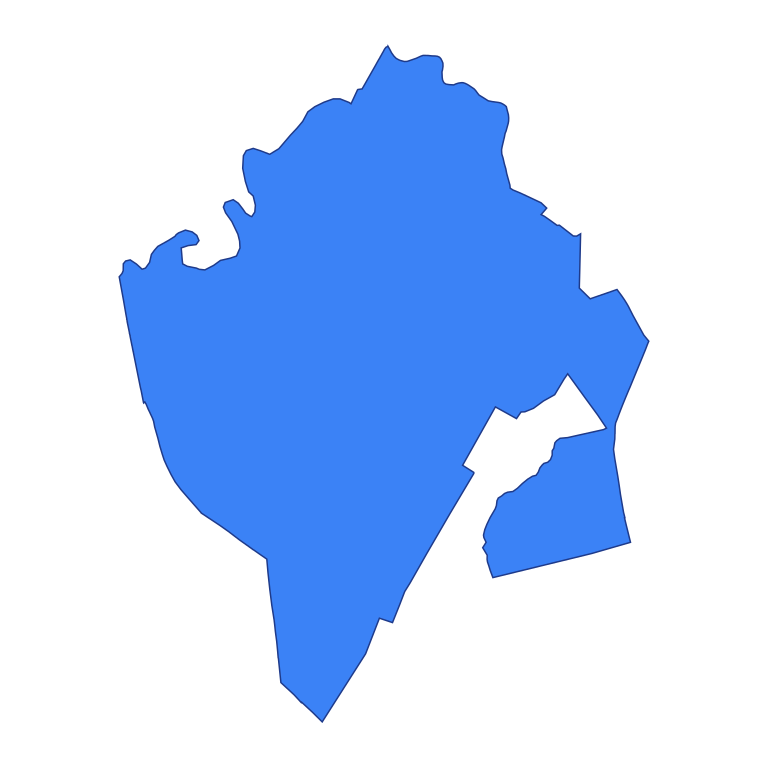 Poienarii Burchii, Dâmbovita, Romania (Albers equal-area conic projection)
{"feature_id": "2599482B3003750716063", "entity_name": "Poienarii Burchii", "entity_type": "district", "adm_level": 2, "iso_a3": "ROU", "parent_name": "Romania", "parent_adm1": "Dâmbovita", "projection": "albers", "projection_center": [25.941, 44.724], "detail": "fine", "context": "isolated", "style": "filled", "palette": "blue", "viewbox_px": 768, "rotation_deg": 0, "n_neighbors": 0, "source": "geoboundaries", "source_scale": "gbopen_adm2", "svg_char_len": 4572}
<svg xmlns="http://www.w3.org/2000/svg" viewBox="0 0 768 768"><path d="M322.2,721.9L350.3,677.8L365.6,653.8L379.4,618.2L392.5,622.6L399.5,605.1L404.7,591.6L410.1,582.9L426.8,553.5L449.9,513.7L473.8,473.5L473.8,472.4L462.6,465.3L495.4,406.9L516.5,418.6L521.0,412.0L524.9,411.8L533.5,408.3L543.6,400.9L550.6,397.0L554.7,394.7L564.0,379.2L567.7,373.8L585.6,398.5L597.6,414.9L606.5,428.1L603.5,429.6L599.0,430.6L577.9,435.3L567.7,437.6L560.0,438.3L556.7,440.7L554.9,442.8L554.5,444.8L553.8,448.3L552.2,450.8L552.2,455.2L550.5,459.6L547.7,462.3L543.9,463.4L542.2,465.0L539.9,467.9L538.3,472.1L536.1,475.3L532.5,476.2L527.8,479.1L522.4,483.5L517.4,488.3L512.9,491.5L507.6,492.2L504.5,493.5L501.6,496.0L498.3,498.0L497.0,500.7L496.4,505.6L495.2,508.9L490.1,517.6L486.9,524.3L484.8,529.6L483.5,535.1L483.9,537.6L486.1,542.3L482.7,547.7L485.7,552.7L487.2,555.2L487.1,559.4L487.5,562.0L488.9,566.1L490.2,570.4L492.9,577.6L592.1,553.4L601.4,550.7L630.5,542.3L626.2,524.9L624.5,517.8L624.9,517.7L623.6,512.6L620.5,494.7L619.2,485.5L617.8,476.4L614.8,458.8L613.5,449.3L614.7,439.8L614.8,439.2L614.9,434.1L615.0,433.7L615.1,426.7L615.6,423.0L617.3,418.8L619.1,413.9L620.6,410.0L622.4,405.4L625.5,397.8L628.8,389.9L629.6,388.1L629.8,387.7L636.0,372.6L639.2,364.9L640.5,361.7L642.2,357.6L643.2,355.1L645.5,349.5L646.5,346.9L647.4,344.5L648.3,342.3L648.8,341.2L643.8,335.1L638.4,325.3L633.0,315.5L628.4,306.4L627.1,304.1L624.5,299.9L621.9,296.1L617.0,289.5L590.2,298.8L579.3,288.1L579.7,272.1L580.6,233.8L576.7,236.1L573.3,236.0L564.8,229.4L559.4,225.2L557.1,225.4L550.8,220.8L544.4,216.3L541.1,214.6L543.9,211.4L546.7,208.1L541.1,202.8L528.4,196.8L520.0,192.9L513.0,190.0L510.2,188.2L509.9,185.1L508.6,180.4L506.7,173.5L505.8,168.8L504.4,164.0L503.0,157.9L501.8,154.1L501.6,150.8L501.6,149.5L502.1,146.8L503.5,140.8L504.4,137.1L505.1,133.4L506.1,131.0L507.0,127.7L508.2,123.4L508.6,121.1L508.7,117.9L508.4,114.7L507.2,110.2L506.3,106.6L504.7,105.2L502.8,104.0L500.8,103.0L498.8,102.5L496.6,102.2L492.2,101.6L488.2,100.8L484.3,98.3L479.1,95.1L477.5,93.1L475.6,90.5L474.0,88.8L468.8,85.3L467.1,84.3L465.0,83.3L463.0,82.7L461.2,82.7L458.5,83.1L455.9,83.9L453.7,84.9L452.0,84.8L449.0,84.6L446.0,84.1L444.2,83.0L443.4,81.8L442.6,80.0L442.2,77.4L442.0,72.7L442.0,71.6L442.3,70.7L442.5,69.8L443.0,66.3L442.9,63.1L442.1,61.1L440.9,58.7L439.5,57.2L437.5,56.3L435.3,56.0L431.9,55.9L428.1,55.5L423.1,55.4L420.8,56.2L416.2,58.3L409.0,60.8L407.1,61.4L404.3,61.5L400.1,60.4L398.4,59.6L396.2,58.4L394.0,56.2L391.6,52.9L389.9,49.6L387.9,46.1L387.8,46.4L387.1,46.8L386.3,47.1L385.9,47.4L385.2,48.3L384.8,48.8L384.6,49.1L384.3,49.6L383.5,51.2L382.0,53.8L381.1,55.5L380.3,56.8L379.9,57.7L378.6,59.8L377.6,61.6L377.3,62.1L375.6,65.2L367.7,79.1L366.7,80.9L363.4,86.7L362.4,88.4L362.2,88.9L357.9,89.5L357.5,89.9L352.3,101.1L351.0,103.8L349.2,102.5L340.1,98.9L333.2,98.9L324.0,102.2L314.8,106.7L307.9,111.8L302.7,121.4L296.9,128.3L290.5,135.1L284.7,141.9L278.9,148.7L269.7,154.3L260.6,150.8L253.2,148.4L246.3,150.6L243.4,155.7L242.7,168.3L245.4,181.5L248.7,191.9L253.2,196.0L255.4,205.2L254.8,212.0L251.8,216.6L250.1,216.0L245.6,213.1L242.8,209.0L238.3,203.2L233.2,199.7L225.2,202.5L223.4,207.1L225.6,212.8L231.8,221.5L237.9,234.2L239.6,241.1L240.0,248.0L236.5,256.0L230.2,258.2L220.5,260.4L213.6,265.4L204.9,269.9L199.2,269.3L196.4,268.1L187.3,266.3L182.7,263.9L182.2,259.9L181.7,253.6L181.2,247.9L188.1,245.6L196.1,244.6L199.0,240.6L196.8,235.4L192.2,231.9L185.4,230.1L178.5,232.9L176.2,234.6L175.0,236.3L168.7,240.3L157.8,246.4L154.3,250.4L151.4,254.4L149.6,262.4L145.5,268.1L142.1,269.2L136.4,264.0L130.2,259.9L125.6,261.0L123.3,263.8L123.2,270.7L122.0,273.5L119.2,276.8L119.4,277.8L123.6,300.8L126.1,315.3L126.8,318.9L126.7,319.3L127.0,320.1L127.2,322.0L127.4,322.1L127.4,322.9L127.7,324.3L129.4,332.6L129.4,333.1L130.0,335.4L130.1,335.5L130.0,335.8L131.8,344.8L131.8,345.1L132.0,345.5L133.1,351.3L133.3,351.4L133.3,352.1L140.4,387.5L141.2,390.8L143.5,402.6L143.7,403.0L144.2,402.4L144.8,401.9L146.2,404.3L148.1,408.9L148.3,409.4L149.6,412.0L150.5,414.0L152.5,418.2L153.6,421.3L154.7,427.0L157.9,438.2L159.9,446.3L162.4,454.6L164.2,460.1L164.3,460.3L167.0,466.3L171.0,474.4L175.1,481.8L181.1,489.8L189.6,499.6L201.2,512.8L201.2,513.0L209.0,518.2L219.7,525.3L228.2,531.3L239.6,540.0L250.7,547.9L253.3,549.8L253.6,549.9L261.3,555.3L266.8,559.1L268.0,572.8L269.8,589.4L271.7,604.4L271.7,604.6L274.1,619.9L274.8,625.8L275.4,631.7L276.7,641.4L277.7,651.8L278.2,657.9L278.4,658.2L280.9,682.6L294.1,694.8L301.3,702.6L301.6,702.2L312.3,712.1L322.2,721.9Z" fill="#3b82f6" stroke="#1e3a8a" stroke-width="1.5"/></svg>